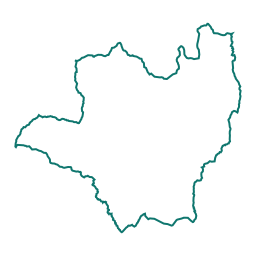 the district of Tamara, Casanare, Colombia
{"feature_id": "7082276B51929752700594", "entity_name": "Tamara", "entity_type": "district", "adm_level": 2, "iso_a3": "COL", "parent_name": "Colombia", "parent_adm1": "Casanare", "projection": "robinson", "projection_center": [-72.226, 5.881], "detail": "fine", "context": "isolated", "style": "outline", "palette": "teal", "viewbox_px": 256, "rotation_deg": 0, "n_neighbors": 0, "source": "geoboundaries", "source_scale": "gbopen_adm2", "svg_char_len": 5768}
<svg xmlns="http://www.w3.org/2000/svg" viewBox="0 0 256 256"><path d="M38.9,115.1L37.3,117.6L36.2,118.1L34.9,119.1L34.4,119.0L33.3,119.5L32.5,120.1L32.1,120.9L29.9,122.6L29.8,123.2L29.4,123.4L29.1,124.6L26.8,125.4L25.2,127.3L23.6,127.1L23.0,128.2L21.4,129.5L21.1,131.1L20.5,132.4L20.5,133.6L19.3,135.6L18.4,136.0L16.2,140.0L16.3,141.3L15.7,143.2L15.4,146.6L15.9,147.1L16.5,145.9L17.5,144.9L23.7,145.3L24.8,145.8L25.8,145.8L26.7,146.5L29.3,146.3L32.1,149.5L36.0,149.2L39.1,150.7L41.0,151.1L43.9,152.8L45.9,152.9L47.1,154.5L47.7,156.3L49.4,158.6L49.9,159.6L50.1,162.1L50.6,162.9L52.2,163.4L54.7,163.6L55.5,164.1L57.5,164.7L59.8,166.7L61.9,166.9L63.2,167.6L64.3,167.8L68.0,167.0L70.8,167.1L71.2,167.6L71.6,169.6L72.4,170.6L76.3,171.6L78.0,171.4L79.4,172.0L80.5,171.9L80.9,172.5L80.8,174.5L81.7,175.9L83.8,177.3L84.4,177.4L85.3,176.3L87.3,176.2L87.8,175.8L89.6,177.0L91.7,177.1L92.4,177.6L94.5,179.6L93.3,180.7L93.9,183.1L93.1,183.6L93.1,184.3L92.5,184.6L92.6,185.1L93.4,185.5L93.7,185.3L95.3,187.0L96.1,188.6L97.2,189.2L97.6,189.9L97.4,191.3L98.0,191.8L97.7,192.8L96.3,194.1L96.5,195.0L95.8,196.2L96.0,197.1L96.4,197.2L97.6,199.2L98.3,199.1L98.4,199.6L98.9,199.8L100.1,199.7L101.1,201.4L102.9,201.7L103.0,202.5L103.7,201.8L104.5,202.1L105.4,201.7L105.9,202.0L105.5,202.6L106.1,203.0L106.8,204.6L107.8,205.7L108.0,207.1L107.6,208.7L109.0,209.8L109.0,210.2L107.8,211.1L107.6,212.5L108.9,214.1L109.3,213.4L110.5,213.8L111.5,213.7L111.2,214.7L111.8,215.3L111.6,216.1L113.3,218.6L113.0,219.7L113.2,220.1L114.0,220.3L114.9,221.1L115.0,222.5L115.7,223.0L115.3,223.7L116.1,224.2L116.5,225.7L117.2,225.7L117.5,226.0L117.9,228.1L118.8,228.7L119.0,229.5L120.0,230.0L120.2,230.8L121.0,231.7L121.8,232.2L122.6,231.6L126.4,227.4L127.4,226.9L128.1,225.8L128.8,225.5L129.8,225.8L132.1,224.8L132.5,225.5L133.6,226.0L134.3,226.6L135.7,225.8L137.2,222.9L137.8,222.6L138.0,221.7L138.6,221.0L138.6,220.3L139.3,219.6L140.6,216.7L141.4,215.7L142.6,215.2L143.4,214.3L145.0,213.7L145.3,216.0L148.3,219.2L149.9,218.4L154.4,218.8L163.8,223.6L167.7,224.1L171.5,225.6L172.6,225.3L176.5,220.1L177.3,219.6L181.4,218.6L183.9,217.7L187.9,217.8L190.8,220.6L192.8,222.1L193.2,222.0L194.1,220.9L194.3,220.0L195.7,218.7L196.3,215.8L195.8,213.9L194.3,211.3L195.1,210.9L194.4,209.6L194.2,208.4L193.8,208.4L193.8,207.3L193.5,207.3L193.1,205.6L193.7,202.5L193.4,201.1L193.6,197.3L194.2,195.5L194.1,194.5L193.2,193.8L193.9,192.2L193.7,189.0L193.9,188.2L193.6,186.8L194.3,184.8L194.4,183.2L195.2,182.0L196.0,181.7L197.3,180.3L199.0,180.7L200.8,180.3L201.1,179.8L201.4,178.6L202.1,177.9L201.5,176.5L201.3,174.1L201.5,172.7L202.8,171.5L203.0,169.6L202.7,168.2L201.9,167.4L204.2,166.5L203.9,165.7L204.1,164.4L205.0,163.8L207.5,163.2L209.8,161.2L211.7,161.7L214.6,161.4L215.2,157.8L216.2,155.2L216.7,155.1L217.6,153.9L219.0,153.4L219.7,152.1L220.8,152.3L221.6,151.1L221.8,150.5L221.4,148.6L222.7,145.8L223.4,145.7L224.4,144.9L225.2,145.2L225.6,144.5L226.8,144.4L228.2,143.4L228.8,143.4L229.2,142.1L230.0,141.5L229.7,139.3L229.9,135.2L229.7,133.5L229.8,131.3L230.4,129.6L230.5,128.4L229.8,127.1L229.3,122.9L228.4,119.9L230.1,117.4L230.5,115.4L231.3,114.3L232.1,112.1L234.0,110.9L235.5,111.3L237.4,112.5L237.8,111.5L237.9,109.2L238.9,107.3L239.1,105.8L238.9,104.2L239.4,103.4L239.3,100.9L239.9,99.6L240.5,96.1L240.0,94.5L240.1,93.4L240.6,90.8L239.4,89.1L239.5,87.9L240.3,86.5L239.3,84.7L238.6,82.4L235.7,78.5L235.6,77.6L234.7,76.1L234.2,73.7L233.2,71.9L232.7,69.5L233.1,68.2L232.5,61.5L233.3,60.6L234.4,60.5L234.8,60.1L235.2,57.4L234.4,55.1L232.9,55.6L231.8,55.0L233.4,51.7L232.4,50.4L233.3,49.1L233.1,48.6L232.2,48.2L232.6,47.3L232.4,46.8L230.8,45.9L232.4,42.8L232.4,41.7L231.7,41.3L231.3,38.6L231.4,37.2L231.9,36.8L231.1,35.1L232.2,33.6L231.0,34.0L227.3,33.2L226.2,33.8L225.6,34.7L224.7,35.1L223.0,35.2L220.9,34.7L217.8,33.4L214.0,33.2L213.3,32.1L212.9,30.0L211.5,28.8L210.8,27.0L208.2,23.9L207.4,23.8L206.4,25.3L206.0,25.5L204.4,25.4L200.9,26.6L200.2,27.7L197.7,29.1L197.5,30.4L197.6,31.3L199.1,33.5L199.2,34.2L198.1,40.6L197.3,44.0L197.2,45.9L197.5,47.7L198.8,49.8L199.3,54.6L198.7,58.3L194.0,59.1L191.9,58.3L190.4,58.1L188.4,58.4L186.8,57.9L184.9,55.4L184.4,54.3L184.2,50.1L183.5,48.0L182.3,46.7L181.3,46.2L180.8,46.3L178.6,48.6L178.4,49.6L179.7,51.8L179.9,55.1L178.8,56.6L177.4,57.7L176.7,59.7L176.9,61.3L177.9,62.9L178.0,63.8L178.5,64.7L178.9,66.5L178.9,68.7L177.8,69.4L176.9,70.5L176.3,73.2L172.8,74.4L166.9,79.0L163.8,78.7L162.9,77.6L161.5,77.2L160.0,77.4L154.5,76.7L151.2,73.6L149.5,74.5L148.8,73.3L147.8,72.3L146.0,67.9L144.2,67.1L143.9,63.2L143.5,62.5L142.3,61.6L141.5,58.8L139.5,58.5L139.1,58.0L136.6,56.6L133.2,56.0L132.7,55.3L131.3,55.8L129.9,55.8L129.3,55.2L127.8,54.8L126.9,52.5L126.2,51.7L125.0,50.7L123.7,50.5L123.0,49.8L121.6,46.2L121.3,44.8L120.3,43.0L119.9,42.8L118.0,43.4L117.4,44.1L116.6,45.8L114.0,47.6L112.0,47.9L110.9,50.9L110.4,51.3L108.5,55.0L107.6,54.9L105.2,56.2L104.0,56.0L101.5,54.9L98.1,54.8L94.7,56.1L94.0,56.8L93.1,56.5L92.7,55.6L92.0,55.4L88.0,55.2L83.6,57.5L82.0,57.8L79.9,59.8L77.2,61.0L75.0,60.4L76.2,61.1L76.5,62.3L75.5,66.7L76.5,68.4L76.7,72.0L75.9,72.1L75.3,73.2L75.4,74.8L75.0,77.0L75.4,78.8L75.1,80.4L77.1,83.6L76.1,87.4L77.0,89.9L78.3,91.5L78.4,92.6L80.5,93.1L81.5,95.4L82.3,95.7L83.8,97.6L83.6,100.7L83.2,101.4L83.6,103.2L82.9,104.1L82.7,106.5L82.0,107.3L81.8,108.7L82.1,111.2L83.1,112.3L82.8,114.4L82.4,116.7L81.8,117.5L81.2,119.4L80.4,120.5L79.9,121.8L78.9,122.7L78.9,123.1L78.3,123.2L77.0,122.7L76.5,122.1L74.0,122.1L72.8,121.4L68.9,121.0L68.2,120.4L67.0,120.5L66.4,119.8L65.2,119.8L63.8,119.0L62.2,118.8L60.2,120.0L59.1,120.1L57.0,119.1L56.3,118.0L54.7,117.2L52.7,117.0L52.1,116.5L51.6,116.6L50.6,116.1L48.6,116.7L48.0,116.5L47.5,116.9L46.3,117.1L45.3,116.6L44.0,116.7L42.5,117.3L41.9,116.7L39.8,115.9L38.9,115.1Z" fill="none" stroke="#0f766e" stroke-width="2"/></svg>